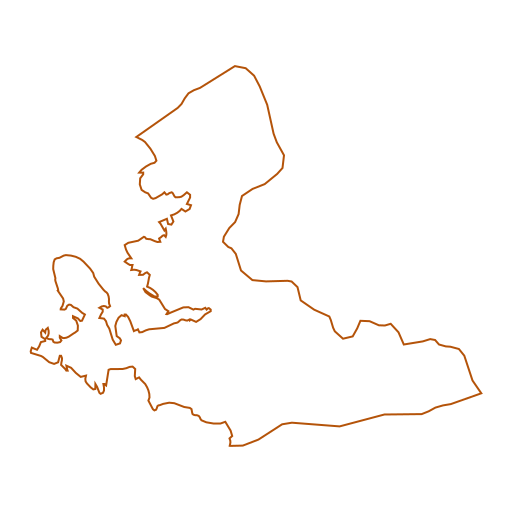 SVG path tracing the border of Izmir
{"feature_id": "TUR-2230", "entity_name": "Izmir", "entity_type": "Province", "adm_level": 1, "iso_a3": "TUR", "parent_name": "Turkey", "parent_adm1": "", "projection": "natural_earth1", "projection_center": [26.887, 38.676], "detail": "fine", "context": "isolated", "style": "outline", "palette": "amber", "viewbox_px": 512, "rotation_deg": 0, "n_neighbors": 0, "source": "natural_earth", "source_scale": "10m", "svg_char_len": 5237}
<svg xmlns="http://www.w3.org/2000/svg" viewBox="0 0 512 512"><path d="M229.7,445.8L230.0,444.6L230.4,442.6L230.3,440.7L229.5,438.4L232.2,436.0L230.6,430.6L225.3,421.8L220.5,423.5L213.4,423.5L206.3,422.3L201.5,420.3L200.5,419.0L199.8,417.3L198.7,415.9L196.8,415.2L195.2,415.2L193.7,414.8L192.6,414.1L192.2,412.9L191.5,409.1L189.8,407.9L184.2,407.0L174.3,403.2L169.2,402.7L163.1,403.9L159.7,405.2L158.4,405.4L157.4,406.2L156.9,407.9L156.1,409.7L154.4,410.4L152.9,409.2L148.4,400.6L149.5,397.5L149.3,394.0L148.4,390.4L147.1,387.3L145.2,384.0L140.9,379.7L139.1,377.4L135.7,379.1L134.8,376.1L135.2,369.0L132.6,366.6L129.6,366.9L126.3,368.2L122.6,369.0L110.5,369.1L108.6,369.8L106.1,385.5L105.1,384.8L105.0,384.6L104.6,384.0L103.4,384.0L104.0,387.4L104.0,390.5L103.0,392.8L100.6,393.8L99.4,392.8L97.1,386.9L95.4,384.0L95.3,389.0L93.3,389.4L90.7,387.4L86.9,383.4L85.6,381.4L85.3,378.9L86.0,375.6L80.7,376.9L75.8,372.9L71.1,367.8L66.4,365.7L67.2,369.5L67.6,370.6L66.3,370.6L65.3,369.1L61.1,364.9L61.4,362.5L61.9,360.3L62.0,358.2L61.1,355.8L59.8,355.8L58.1,362.3L54.1,363.9L49.2,362.2L42.9,357.0L41.1,356.0L31.0,352.9L30.7,351.3L31.8,347.6L37.0,349.8L39.1,346.5L40.9,342.1L45.2,341.0L45.2,339.2L41.5,336.8L41.0,332.4L42.6,329.7L45.2,332.6L45.5,330.4L46.0,329.4L46.7,328.9L47.8,327.9L48.6,330.8L48.7,333.3L48.1,335.6L46.4,337.7L47.4,338.5L48.4,338.9L49.6,339.2L51.1,339.2L52.6,339.6L53.0,340.6L53.3,341.7L54.5,342.5L57.3,342.7L60.1,342.1L61.4,340.5L59.8,337.7L59.8,336.1L62.8,338.0L64.0,338.1L66.4,337.7L68.7,336.7L73.6,333.4L75.0,332.6L77.7,330.5L77.9,325.6L76.2,320.6L73.0,318.0L73.0,316.2L77.9,318.4L80.3,321.0L82.0,320.7L84.9,314.5L82.2,312.9L77.4,308.6L73.5,307.2L70.9,304.9L69.1,304.6L67.3,305.7L65.8,308.9L64.5,309.6L60.7,309.4L60.8,308.4L62.5,305.9L63.8,301.4L63.1,298.5L57.2,289.8L58.4,291.5L57.9,288.6L55.5,281.3L55.2,279.8L55.4,278.2L53.2,269.1L53.3,265.7L53.7,262.2L54.7,259.4L56.6,258.3L59.5,257.8L63.7,255.6L65.9,255.1L71.0,255.6L75.8,256.8L80.1,258.8L83.5,261.6L90.1,268.6L93.2,273.0L94.2,276.7L98.6,283.7L103.5,289.8L105.2,291.5L106.5,292.4L107.6,293.7L108.6,296.4L109.0,299.1L108.9,301.4L109.1,303.7L110.1,306.1L108.8,307.2L108.1,307.5L107.3,307.8L105.8,306.4L103.8,306.0L101.6,306.5L99.4,307.8L102.7,309.5L102.7,311.7L101.0,314.5L99.4,318.0L104.0,318.6L106.0,321.2L107.1,324.9L109.3,328.6L112.7,339.6L115.8,344.8L120.0,343.4L121.0,340.4L119.8,338.3L116.7,336.1L115.3,326.0L116.4,321.9L118.6,317.7L121.5,315.2L124.7,316.2L124.7,314.5L125.9,314.5L128.1,316.9L130.3,321.3L133.9,331.1L134.8,330.6L137.0,329.9L137.9,329.3L139.4,332.4L142.2,332.1L145.7,330.4L149.1,329.3L164.4,327.9L173.9,323.4L177.0,322.7L177.9,322.3L180.4,320.1L181.6,319.5L183.5,319.6L185.4,320.3L187.2,320.6L189.5,319.5L189.8,320.4L190.8,319.5L196.1,321.9L200.6,319.1L205.1,314.4L210.7,311.2L210.7,309.6L208.8,308.1L208.0,308.3L206.6,309.6L205.3,307.8L201.6,309.5L195.1,308.8L193.4,309.6L188.5,307.2L183.3,307.4L171.2,312.4L167.1,314.2L166.5,314.1L168.4,311.2L165.0,309.0L159.2,299.6L156.6,298.1L151.8,296.6L149.9,295.4L145.5,292.1L143.2,288.1L146.0,290.8L149.4,293.4L154.7,296.6L157.7,296.4L157.7,294.8L155.4,292.0L152.9,289.8L150.2,288.0L147.1,286.6L147.9,283.7L149.0,277.8L149.8,274.9L147.0,272.3L145.2,273.1L143.0,274.8L139.1,274.9L140.0,272.4L140.5,271.4L136.4,270.0L134.0,269.7L131.3,270.0L131.7,268.8L132.2,266.1L132.5,265.0L130.0,265.0L128.2,264.0L124.7,261.6L126.1,260.1L127.5,258.9L129.2,258.3L131.3,258.3L127.5,252.7L126.0,249.5L124.7,245.1L128.3,242.8L138.2,240.7L143.9,236.8L144.9,237.2L145.7,238.1L145.9,238.5L146.3,238.8L148.4,239.1L150.3,239.2L154.7,241.1L157.4,242.0L160.3,241.8L159.1,238.5L161.0,237.2L162.6,235.7L164.1,235.2L165.7,236.9L166.3,235.0L166.4,233.2L166.2,231.2L165.7,228.7L164.4,230.5L160.5,223.7L159.1,222.1L166.9,218.8L168.1,224.0L171.4,224.6L173.4,221.5L171.0,215.4L174.2,214.4L177.2,212.8L179.7,210.9L181.5,208.9L185.4,211.5L189.6,209.0L191.0,205.2L186.9,204.0L190.1,197.5L190.1,194.8L186.9,192.3L183.6,195.2L181.4,196.7L179.2,197.2L175.6,197.3L174.6,196.5L172.7,193.1L171.7,192.3L169.3,193.1L167.7,194.3L166.3,194.6L164.4,192.3L162.2,194.3L155.6,198.1L153.1,198.8L151.1,197.8L148.1,193.4L145.2,192.3L141.6,189.9L139.8,184.4L140.2,178.3L143.2,174.3L143.2,172.6L142.2,172.7L139.2,172.6L141.6,169.8L146.0,166.5L150.8,163.8L154.5,162.8L156.4,160.7L154.9,156.0L150.4,148.7L145.0,142.0L142.3,140.0L136.3,137.0L177.7,107.9L181.5,104.0L184.7,98.4L188.5,93.3L193.9,90.2L200.0,87.9L234.9,66.1L245.7,68.2L254.1,75.7L259.7,86.4L267.2,104.8L273.6,133.7L276.8,142.3L284.0,155.3L282.5,168.0L277.2,173.9L264.7,184.1L252.6,188.9L242.0,196.0L239.7,204.8L238.6,214.1L235.1,222.1L229.3,228.0L223.9,236.7L223.0,241.8L228.3,247.0L231.4,248.3L235.8,253.9L241.0,270.5L252.4,280.1L266.0,281.4L287.6,280.8L291.6,281.5L297.5,287.1L300.7,300.4L314.2,309.7L329.3,316.5L330.8,320.0L333.1,327.7L334.8,331.3L343.0,338.7L352.7,336.4L357.2,328.4L360.4,320.8L369.6,321.2L378.9,325.3L384.9,325.5L390.7,323.8L398.5,332.3L403.8,344.5L422.8,341.4L430.2,339.1L435.1,340.0L439.0,344.5L445.8,346.4L450.3,346.7L458.9,349.0L464.3,355.7L472.5,380.5L481.3,393.3L450.8,404.1L443.0,405.4L435.4,407.6L428.7,411.3L421.7,414.1L384.4,414.5L339.6,426.4L291.9,422.7L282.1,424.3L258.4,439.6L242.8,445.6L230.1,445.9L229.7,445.8Z" fill="none" stroke="#b45309" stroke-width="2"/></svg>